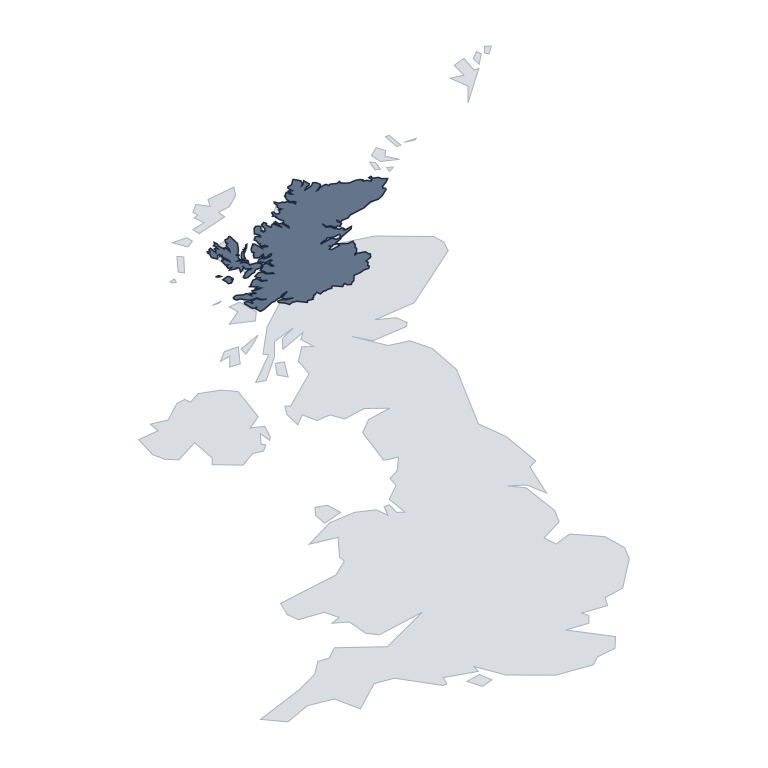 location of Highland within United Kingdom
{"feature_id": "GBR-2745", "entity_name": "Highland", "entity_type": "Unitary District", "adm_level": 1, "iso_a3": "GBR", "parent_name": "United Kingdom", "parent_adm1": "", "projection": "natural_earth1", "projection_center": [-5.279, 57.587], "detail": "fine", "context": "in_parent", "style": "filled", "palette": "slate", "viewbox_px": 768, "rotation_deg": 0, "n_neighbors": 0, "source": "natural_earth", "source_scale": "10m", "svg_char_len": 9804}
<svg xmlns="http://www.w3.org/2000/svg" viewBox="0 0 768 768"><path d="M422.1,612.3L379.3,634.8L365.8,633.3L349.2,621.9L332.0,623.3L339.1,617.5L324.3,612.3L298.5,619.7L287.4,614.6L280.5,603.4L336.0,574.9L344.3,561.1L339.4,556.9L338.2,537.3L309.3,544.2L329.8,522.7L354.7,512.3L376.4,509.8L387.8,515.3L384.3,506.8L389.3,504.7L396.6,512.4L405.0,512.1L389.3,499.3L396.0,485.3L390.0,478.3L397.1,470.9L398.5,457.2L383.8,460.3L362.6,432.7L368.7,419.5L389.6,408.2L364.4,408.5L344.5,419.0L330.0,414.9L317.0,420.5L302.3,414.9L297.7,424.8L286.7,414.2L284.9,406.1L290.6,406.0L309.1,373.7L298.5,361.3L301.7,346.9L313.5,346.3L300.8,339.3L302.9,332.6L282.8,349.4L282.4,338.4L293.4,327.9L274.6,341.3L274.4,356.9L266.1,380.7L255.7,382.4L268.7,354.8L262.9,354.2L267.2,326.8L284.0,295.1L261.5,309.2L238.3,297.6L257.8,289.2L251.5,286.1L264.6,273.7L266.0,265.6L254.8,256.6L254.5,251.0L265.1,246.2L257.2,238.6L263.8,225.4L285.5,225.4L273.2,213.8L276.8,203.4L292.6,201.9L288.7,194.4L292.2,183.2L320.1,186.5L386.0,179.0L378.6,198.3L341.5,220.6L339.4,227.3L348.0,229.3L334.7,244.2L375.1,236.0L433.8,236.5L443.8,242.1L448.2,250.7L414.3,302.7L375.2,319.8L395.8,317.6L407.2,322.6L406.2,326.6L372.9,340.7L352.1,336.5L388.2,345.5L410.1,340.8L432.2,348.5L456.5,369.4L478.4,423.9L506.2,436.5L535.7,460.9L529.9,467.0L546.5,493.1L527.2,485.1L507.9,485.9L526.1,487.9L554.7,510.5L559.2,521.7L544.2,537.9L556.0,544.1L569.6,534.0L605.1,536.7L624.6,547.6L629.3,558.7L622.7,588.1L605.1,597.6L607.5,605.6L581.6,613.0L588.9,615.6L588.8,623.2L565.6,630.0L615.5,636.6L615.0,648.2L597.5,656.9L593.5,664.7L555.8,675.2L505.9,675.0L474.0,666.5L478.2,671.4L443.2,677.6L446.8,683.9L443.1,685.5L394.5,678.2L374.1,683.6L360.4,708.9L334.4,699.0L307.5,705.6L287.8,721.9L260.6,719.4L299.1,689.9L314.7,674.3L317.7,661.4L329.1,658.2L334.4,647.8L387.3,646.7L422.1,612.3ZM243.2,465.1L212.1,464.7L212.2,458.0L194.6,442.7L178.8,459.9L164.9,459.3L152.8,454.8L138.7,439.7L158.0,430.8L150.4,424.2L168.2,419.9L176.9,403.5L184.7,399.4L190.4,402.2L198.0,393.7L221.1,390.1L238.1,391.6L258.2,416.7L250.2,427.8L264.7,426.4L270.2,436.7L269.6,440.4L260.4,433.6L261.1,444.2L265.9,444.9L263.5,451.1L252.7,453.5L243.2,465.1ZM235.6,195.7L229.5,206.5L218.5,212.4L224.7,216.8L199.0,233.6L193.0,229.6L203.9,222.8L194.3,217.9L197.8,215.0L192.9,212.2L195.8,204.4L210.3,206.4L208.0,199.5L233.8,187.1L235.6,195.7ZM238.0,248.7L238.4,260.6L260.9,266.0L245.4,277.3L243.2,267.6L229.3,267.5L208.2,252.6L227.8,238.7L238.0,248.7ZM463.9,58.3L473.9,70.0L478.8,68.4L468.0,102.8L468.0,86.1L450.2,78.2L463.8,75.1L454.3,65.3L463.9,58.3ZM255.4,320.9L229.4,324.1L237.9,311.8L229.2,306.9L239.7,302.1L256.3,311.8L255.4,320.9ZM327.4,505.3L340.6,512.4L324.6,523.3L315.6,515.3L314.9,507.3L327.4,505.3ZM238.3,346.8L240.2,363.9L229.6,367.1L229.8,356.2L220.5,361.4L224.4,351.6L238.3,346.8ZM385.7,150.5L384.8,156.2L399.6,159.3L380.3,161.5L371.4,155.4L376.3,147.7L385.7,150.5ZM288.1,377.0L277.1,375.0L275.2,363.3L284.2,361.8L288.1,377.0ZM491.9,679.8L482.7,686.4L466.9,681.4L479.4,674.5L491.9,679.8ZM246.0,354.1L241.0,349.2L258.0,335.1L254.4,342.1L246.0,354.1ZM187.0,237.7L192.4,241.2L188.0,247.0L172.1,242.7L187.0,237.7ZM184.5,272.9L178.1,272.0L176.9,256.4L183.8,257.0L184.5,272.9ZM479.2,64.2L473.2,58.7L476.5,51.6L481.3,53.7L479.2,64.2ZM400.9,145.1L396.9,146.6L385.5,136.7L389.1,135.3L400.9,145.1ZM380.5,169.2L375.1,169.9L369.5,162.1L375.3,162.4L380.5,169.2ZM491.3,46.1L489.1,53.8L484.5,53.0L484.7,46.2L491.3,46.1ZM415.1,139.9L404.1,142.4L416.2,138.3L415.1,139.9ZM231.3,282.3L228.1,282.9L223.9,279.0L229.2,277.0L231.3,282.3ZM393.3,167.1L389.6,171.5L386.7,167.4L393.3,167.1ZM219.0,303.3L212.3,305.4L221.3,300.9L219.0,303.3ZM176.3,282.2L172.0,283.1L170.2,281.8L174.5,278.9L176.3,282.2Z" fill="#d9dde1" stroke="#a8b0b8" stroke-width="1"/><path d="M278.4,302.5L277.8,301.2L279.3,300.3L282.6,299.5L285.7,299.9L293.4,297.8L285.4,299.0L281.6,297.7L287.4,291.4L281.9,295.0L280.2,297.9L278.2,298.4L274.4,301.6L272.1,302.3L264.1,309.4L260.5,311.4L255.8,308.9L256.9,306.7L254.7,308.5L251.8,308.1L244.6,303.8L244.3,302.4L247.9,301.6L252.5,303.3L252.9,302.9L251.2,301.2L256.4,298.7L261.8,299.9L266.8,299.0L262.3,299.5L256.8,297.9L249.7,300.3L240.0,299.0L236.9,300.1L233.9,299.0L233.3,297.6L236.0,295.4L243.4,294.8L246.4,293.5L251.9,295.8L251.6,294.5L250.3,293.5L256.5,293.5L252.9,292.2L252.0,290.7L257.6,289.7L261.2,288.0L259.7,287.8L257.1,289.2L255.2,288.8L257.6,286.7L248.6,286.7L251.9,286.3L250.6,284.9L252.9,280.3L256.6,278.4L261.3,281.4L267.9,280.3L262.7,280.6L260.0,279.5L260.3,277.8L257.3,277.7L254.9,276.4L258.6,272.6L261.9,272.0L266.2,273.9L273.8,273.5L272.8,272.6L267.0,273.5L264.9,271.8L260.3,270.3L262.9,266.7L262.0,265.6L265.2,263.5L266.9,263.3L271.6,266.2L273.5,265.8L268.9,262.8L271.9,260.3L270.7,259.9L265.2,262.8L261.4,262.0L258.4,262.4L257.9,261.6L259.3,259.4L261.6,258.1L263.5,258.9L268.9,257.1L271.1,255.7L271.5,253.9L270.7,253.8L265.9,257.5L262.3,256.9L263.8,255.9L263.2,254.2L259.0,257.7L254.2,258.0L253.3,255.6L254.0,255.2L253.3,253.5L254.0,252.6L251.7,252.0L251.1,249.4L252.3,245.4L253.0,245.4L252.7,244.1L254.4,244.0L262.3,248.4L261.6,247.1L268.4,246.5L264.8,245.3L261.3,246.3L259.7,244.9L260.3,244.1L258.7,243.9L256.4,240.8L254.3,240.2L254.3,238.7L255.3,237.9L255.0,236.9L257.8,236.2L259.8,237.2L260.7,236.1L258.4,234.6L254.4,234.0L254.1,228.4L255.8,226.3L259.5,226.2L260.7,226.7L261.3,231.0L263.9,232.3L263.0,231.0L265.0,231.4L264.9,228.5L261.8,225.7L262.3,225.0L261.7,224.6L263.6,222.5L266.6,223.4L266.3,225.1L269.7,227.0L271.2,227.2L272.1,224.4L273.1,223.8L282.4,227.6L277.7,224.4L274.2,223.2L274.2,222.1L275.2,222.4L275.5,221.6L278.8,223.8L280.7,223.4L283.5,224.4L289.7,228.4L288.4,226.1L282.4,223.0L283.7,222.1L283.2,220.6L279.0,219.3L275.8,217.4L276.2,217.0L275.4,216.3L272.5,216.2L273.2,214.9L271.6,212.9L272.5,212.1L274.3,212.4L275.5,214.0L278.6,213.8L279.8,212.8L279.1,210.7L279.8,210.3L278.8,209.8L281.4,209.0L279.1,208.5L277.1,206.9L277.5,205.6L274.2,203.0L274.2,202.0L278.9,203.2L282.7,202.0L284.7,202.6L286.8,201.4L289.8,202.6L292.9,202.6L296.2,204.3L293.9,202.6L296.5,201.8L292.5,201.4L290.6,202.1L286.5,199.3L284.7,196.3L285.7,196.3L285.2,195.0L286.2,192.5L290.2,194.2L292.2,194.2L290.5,193.0L290.3,192.1L288.3,192.5L288.9,191.7L288.0,191.2L290.6,190.1L293.2,191.2L287.9,188.1L287.9,186.9L291.7,184.6L292.7,180.0L293.5,179.4L300.8,180.8L302.4,183.6L301.7,185.8L302.9,184.7L303.7,180.7L309.2,183.8L308.9,185.3L306.6,186.9L304.4,190.5L311.5,185.8L312.8,182.7L316.0,182.6L320.4,184.4L320.4,185.8L317.1,190.4L318.8,189.6L320.0,187.5L324.4,184.9L326.1,184.4L329.6,185.8L328.9,185.3L330.2,184.1L336.9,183.5L339.4,181.4L340.6,182.9L345.8,183.2L349.8,182.8L355.2,180.4L360.0,179.5L362.6,179.8L362.0,180.3L363.1,181.0L367.2,180.3L371.1,181.1L371.8,179.8L368.8,177.7L370.6,176.4L371.4,176.5L372.2,178.2L378.7,177.4L381.2,178.6L387.6,178.6L386.2,181.9L382.4,186.5L383.0,188.2L385.5,188.3L386.1,189.4L382.5,195.3L378.2,199.3L370.4,201.8L364.2,207.7L350.2,214.9L348.1,217.9L341.5,220.6L341.0,222.1L337.0,220.3L337.3,221.6L340.3,222.3L341.6,223.8L340.6,224.9L340.6,226.3L337.7,225.9L336.1,227.2L330.6,225.9L326.7,226.6L322.2,223.8L326.3,227.3L331.1,226.8L333.9,228.6L334.7,228.6L334.4,227.6L339.2,229.4L341.9,227.9L343.4,228.1L344.3,228.9L343.6,229.7L345.2,230.0L351.4,226.4L351.2,228.6L341.7,236.9L340.0,236.8L340.4,235.2L339.1,234.4L333.1,237.3L327.0,237.9L326.3,239.5L321.8,242.3L320.6,244.2L331.5,238.2L336.5,239.3L340.7,237.4L341.0,238.2L340.0,239.4L335.5,243.3L336.2,244.1L333.0,244.7L332.3,246.1L328.6,245.8L331.2,246.7L329.3,249.2L331.9,249.6L339.5,245.5L337.2,243.7L347.6,243.6L353.0,241.2L354.3,243.8L355.2,244.3L355.1,247.0L356.6,248.5L356.5,252.4L354.8,253.8L354.9,254.9L357.4,253.3L365.4,251.7L368.3,253.6L370.3,253.9L370.7,257.1L366.1,261.1L368.1,262.3L367.7,265.4L369.3,266.2L368.6,268.4L364.0,269.9L360.0,272.8L354.1,275.3L353.8,280.6L352.1,282.3L351.3,284.4L347.4,284.8L344.4,283.4L342.7,286.6L332.9,285.8L331.7,286.7L331.8,288.2L326.9,289.7L325.4,291.0L323.8,290.9L320.4,293.9L316.7,292.3L314.9,294.8L313.6,295.3L313.8,297.1L312.6,298.2L313.2,299.2L307.6,300.6L307.3,302.4L296.8,301.3L292.2,302.4L289.5,304.5L285.0,303.1L278.4,302.5ZM217.7,258.6L216.9,259.0L211.4,257.5L209.7,254.2L207.7,253.1L207.2,251.8L210.1,251.8L208.9,249.8L210.5,248.2L215.7,252.5L215.4,251.4L216.0,250.9L214.6,248.9L215.5,248.3L217.8,248.8L216.1,246.7L213.4,245.8L214.6,244.3L214.1,242.4L217.4,243.9L218.2,245.8L222.5,248.3L224.7,247.9L223.6,249.8L225.7,247.8L229.9,251.4L229.3,249.3L226.2,245.8L227.6,243.3L225.7,242.9L225.0,240.0L227.7,238.6L228.7,236.7L230.0,236.5L237.5,243.5L238.5,250.5L237.8,253.7L235.8,255.6L238.8,254.8L239.2,255.4L238.1,256.9L238.4,257.9L240.1,259.4L237.5,261.1L242.7,260.9L241.1,262.8L244.5,262.3L248.6,263.5L249.7,265.0L256.1,262.9L261.9,263.7L261.1,266.9L259.8,268.3L255.4,269.8L254.5,272.4L252.0,273.7L248.0,277.5L244.5,278.3L243.4,277.3L243.5,276.2L244.8,274.9L245.5,272.7L247.7,270.5L252.3,268.4L245.5,269.2L242.7,265.8L243.7,267.9L242.4,269.6L242.7,270.1L240.6,272.2L239.4,268.4L236.9,267.6L236.4,267.9L237.1,268.4L236.3,268.8L229.5,270.1L231.5,267.5L228.2,268.4L226.5,266.2L228.2,265.0L225.2,265.0L221.6,260.7L224.8,259.3L229.9,261.6L229.3,260.7L225.3,258.3L222.6,258.6L223.3,257.7L222.0,257.3L222.6,256.9L221.8,256.4L222.0,255.2L219.7,256.4L220.0,255.3L219.3,254.3L217.4,256.0L217.7,258.6ZM229.1,276.5L232.7,278.4L231.8,279.5L233.1,279.5L231.5,283.0L228.3,283.7L226.6,281.9L222.8,279.8L227.2,276.6L229.1,276.5ZM241.8,258.6L241.2,257.0L241.6,253.0L242.0,252.0L244.1,251.4L243.1,249.7L245.1,249.7L244.5,248.4L245.3,248.6L245.8,249.2L244.1,254.1L244.1,256.0L245.4,258.5L242.2,259.8L241.4,259.4L241.8,258.6ZM246.9,262.4L244.5,261.2L244.2,260.4L247.0,260.1L248.3,261.0L248.5,262.0L246.9,262.4ZM215.5,276.9L218.9,275.6L221.2,276.5L218.3,277.1L215.5,276.9ZM246.5,247.9L245.4,247.0L245.8,244.9L246.8,244.3L246.5,247.9Z" fill="#64748b" stroke="#1e293b" stroke-width="1.5"/></svg>